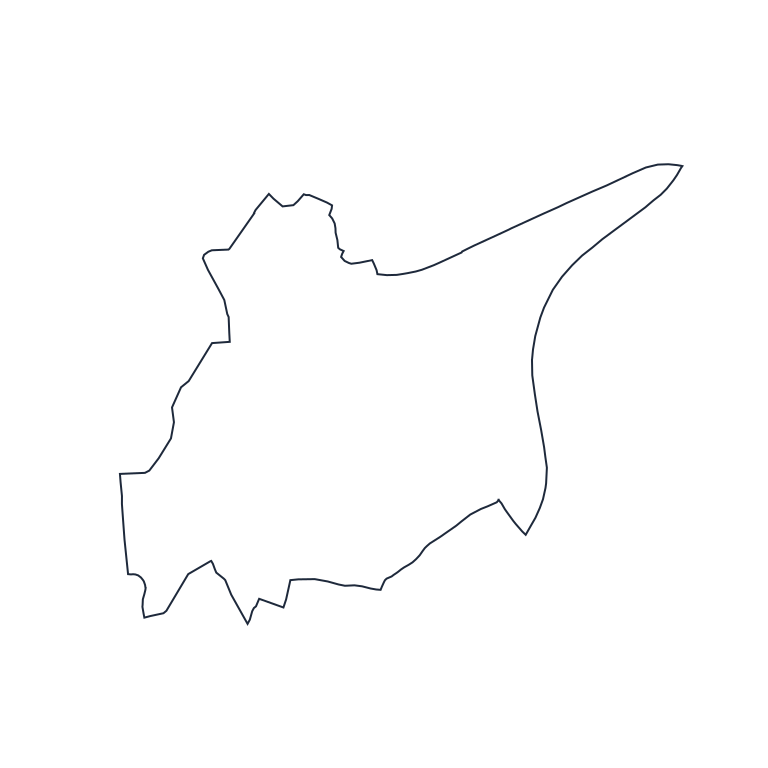 Surulere, Lagos, Nigeria (Natural Earth projection), rotated 195°
{"feature_id": "59680162B1513568068009", "entity_name": "Surulere", "entity_type": "district", "adm_level": 2, "iso_a3": "NGA", "parent_name": "Nigeria", "parent_adm1": "Lagos", "projection": "natural_earth1", "projection_center": [3.345, 6.49], "detail": "fine", "context": "isolated", "style": "outline", "palette": "slate", "viewbox_px": 768, "rotation_deg": 195, "n_neighbors": 0, "source": "geoboundaries", "source_scale": "gbopen_adm2", "svg_char_len": 2708}
<svg xmlns="http://www.w3.org/2000/svg" viewBox="0 0 768 768"><g transform="rotate(195 384 384)"><path d="M561.8,125.8L561.5,125.6L561.2,123.2L561.1,119.0L561.2,113.6L560.0,108.2L559.7,106.3L556.8,100.0L555.0,96.3L549.6,99.4L537.7,105.5L535.5,108.6L523.9,149.7L505.8,167.9L505.1,168.4L502.7,166.0L499.5,161.4L497.2,158.4L488.3,154.5L486.6,153.5L477.0,140.9L453.7,117.0L452.6,121.6L452.5,130.4L451.7,133.9L450.1,136.1L449.0,144.2L423.3,142.1L422.8,150.6L423.6,168.6L423.7,170.3L416.3,173.1L400.4,177.6L387.2,178.7L376.0,178.6L369.5,179.0L360.4,181.9L352.8,182.9L344.0,183.0L338.3,183.5L334.0,184.3L333.6,187.6L332.8,192.4L332.3,194.7L331.1,196.7L326.8,200.1L325.3,202.1L323.0,204.7L321.7,206.3L319.6,209.2L317.1,212.1L313.4,215.7L310.3,219.1L307.7,223.1L305.2,227.8L303.4,232.8L302.1,236.1L300.6,238.6L298.4,241.9L290.4,250.6L288.5,252.8L287.2,254.4L277.5,265.9L273.7,271.2L266.9,280.2L258.0,288.4L252.2,292.7L244.5,298.9L243.4,301.2L243.6,302.7L243.0,301.4L239.6,299.1L234.9,294.4L232.4,292.3L223.8,285.3L220.4,282.8L212.4,277.4L208.1,275.0L205.6,284.6L203.1,294.0L201.4,304.6L200.6,313.9L201.1,325.3L201.7,330.0L205.0,345.3L209.1,354.9L209.8,356.6L213.0,364.4L220.2,380.0L228.6,397.2L235.6,413.1L243.0,430.7L247.4,446.0L247.4,446.4L249.0,455.9L249.8,464.3L250.3,469.4L250.2,488.6L249.2,499.2L245.3,518.7L239.8,533.7L233.0,547.4L225.9,559.3L218.0,569.8L210.5,580.5L177.2,622.4L174.7,626.1L171.1,631.3L165.7,638.4L161.4,645.9L157.2,655.7L155.1,661.7L153.0,669.6L152.2,671.7L153.0,671.7L157.4,671.3L166.1,669.9L176.3,666.8L187.1,660.9L198.3,652.0L220.3,633.4L232.6,623.8L254.4,606.1L261.6,599.9L274.1,589.8L301.7,567.0L303.2,565.6L308.8,560.9L332.7,541.1L338.1,536.4L342.8,532.2L343.1,531.1L362.0,515.4L366.7,511.6L376.9,504.2L382.4,500.9L390.1,497.1L394.0,495.3L399.9,492.7L409.4,489.9L418.8,488.4L420.6,492.0L425.0,497.7L427.5,500.6L439.1,494.8L446.7,491.7L449.2,491.8L453.9,492.7L458.3,495.6L458.1,498.9L457.4,502.0L461.5,502.7L463.5,503.7L466.3,511.0L469.9,517.6L471.2,521.9L473.2,526.3L476.9,530.5L480.6,533.0L479.9,539.6L480.4,543.1L486.1,544.5L495.4,545.9L505.1,547.2L508.2,546.3L510.6,546.5L514.6,538.3L517.8,533.3L527.9,529.3L538.7,534.4L544.4,537.8L553.1,518.8L553.8,515.5L553.5,515.3L568.3,474.6L569.0,473.6L584.9,468.6L587.9,466.3L591.2,462.2L591.5,458.5L583.6,448.7L568.2,432.6L560.0,423.8L553.5,411.0L551.4,408.5L546.7,393.4L543.9,384.8L560.7,379.0L573.4,336.3L579.2,328.3L582.7,306.5L577.0,292.7L575.7,276.3L582.4,254.0L588.3,239.6L591.9,236.3L615.8,228.8L613.0,220.9L608.1,207.9L606.1,200.3L602.5,189.9L594.4,166.6L582.0,134.1L579.1,134.6L577.2,135.3L574.9,135.7L571.9,135.5L568.7,134.2L566.1,132.3L564.9,131.2L562.8,128.1L561.8,125.8Z" fill="none" stroke="#1e293b" stroke-width="2"/></g></svg>